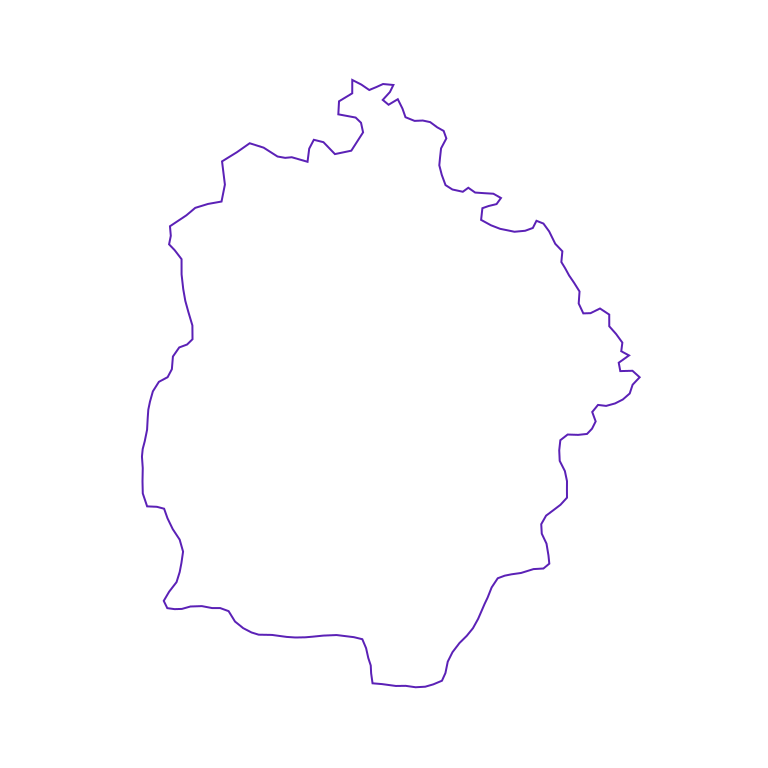 Cascalho Rico, Minas Gerais, Brazil, rotated 352°
{"feature_id": "56859067B3095618205564", "entity_name": "Cascalho Rico", "entity_type": "district", "adm_level": 2, "iso_a3": "BRA", "parent_name": "Brazil", "parent_adm1": "Minas Gerais", "projection": "robinson", "projection_center": [-47.868, -18.565], "detail": "fine", "context": "isolated", "style": "outline", "palette": "violet", "viewbox_px": 768, "rotation_deg": 352, "n_neighbors": 0, "source": "geoboundaries", "source_scale": "gbopen_adm2", "svg_char_len": 2653}
<svg xmlns="http://www.w3.org/2000/svg" viewBox="0 0 768 768"><g transform="rotate(352 384 384)"><path d="M331.0,678.8L340.3,680.9L346.7,682.7L353.8,684.7L363.4,685.9L373.1,688.7L382.7,689.5L391.0,688.3L400.1,685.9L404.6,678.8L408.5,667.8L414.5,659.1L422.7,651.0L430.9,644.9L438.1,638.2L444.5,629.7L449.1,622.2L453.0,615.8L456.9,609.9L462.3,600.4L469.6,592.2L476.9,590.6L483.8,590.2L493.4,590.2L506.3,588.1L516.2,588.9L522.7,584.9L523.0,576.6L522.7,564.7L519.4,554.2L520.2,544.7L526.2,536.9L534.4,532.4L541.9,528.2L549.4,522.0L550.5,513.8L551.7,505.7L551.0,495.4L547.3,484.6L548.3,474.0L550.8,464.2L558.8,459.6L569.2,461.4L578.1,461.7L583.8,457.2L588.4,450.5L586.3,440.7L593.0,434.5L600.9,436.6L610.1,435.4L618.3,432.6L626.0,427.6L630.1,419.3L638.1,412.9L631.9,405.5L619.8,404.1L619.4,395.6L630.6,389.8L623.5,384.6L625.8,376.2L620.8,366.8L615.1,358.2L616.7,346.6L608.4,339.3L598.4,342.6L591.2,341.8L588.0,331.4L590.5,319.6L586.3,310.2L582.4,302.3L579.5,294.6L576.6,287.9L579.1,277.4L573.1,269.0L568.8,255.9L564.2,247.3L557.7,243.6L553.1,250.2L545.1,251.9L534.4,251.4L527.7,249.0L520.6,246.5L512.0,241.7L503.0,235.0L505.9,223.6L512.4,222.3L520.5,221.5L525.7,216.1L518.8,210.8L509.9,209.0L500.9,207.1L494.8,201.4L488.8,204.6L478.8,200.9L472.6,195.6L470.3,184.9L469.2,175.1L471.0,167.6L473.3,158.6L479.9,149.5L478.3,141.7L472.4,137.2L466.2,131.1L459.1,128.5L450.9,127.7L442.4,122.8L440.6,113.8L437.3,103.9L427.4,108.1L422.3,102.5L430.5,95.7L434.9,89.2L424.8,86.8L417.7,88.9L410.3,90.8L403.3,84.4L394.9,78.5L393.0,91.7L378.8,97.8L376.3,110.6L393.0,116.2L397.6,122.1L398.3,131.9L384.1,148.4L367.4,149.5L357.7,136.1L348.5,132.4L342.7,140.5L339.2,153.3L324.2,146.6L317.6,146.3L310.2,143.9L297.7,133.2L284.5,126.9L270.6,134.0L254.6,141.0L254.2,164.4L248.5,180.7L234.8,181.2L221.6,183.3L211.7,189.5L194.0,198.0L193.5,207.6L190.6,215.8L195.3,222.3L200.9,232.2L198.8,247.3L198.4,262.0L198.8,274.0L200.3,285.5L202.4,299.4L200.6,313.0L194.5,317.5L186.3,319.3L178.8,327.4L176.0,339.8L170.7,347.1L161.4,350.5L154.1,359.1L149.8,368.9L147.0,376.7L145.2,385.2L143.0,396.4L139.1,407.4L136.0,414.8L134.2,422.2L133.4,433.7L131.3,446.8L129.9,458.8L132.4,472.2L142.0,474.0L148.9,476.9L150.9,486.8L154.6,498.3L160.0,509.7L161.7,522.0L158.5,533.0L155.5,541.8L151.0,551.3L142.3,559.8L135.7,568.1L138.2,575.8L145.3,577.8L152.5,578.6L161.4,577.4L172.7,578.6L182.7,582.0L190.6,583.1L198.5,587.3L203.4,598.5L210.6,606.2L218.2,611.6L225.0,614.8L238.2,616.9L245.6,619.0L252.4,620.9L261.0,622.7L271.0,623.9L278.4,624.3L288.8,624.7L302.1,626.0L318.9,630.5L327.0,633.7L329.5,643.1L330.3,653.1L331.7,660.9L331.0,668.7L331.0,678.8Z" fill="none" stroke="#5b21b6" stroke-width="2"/></g></svg>